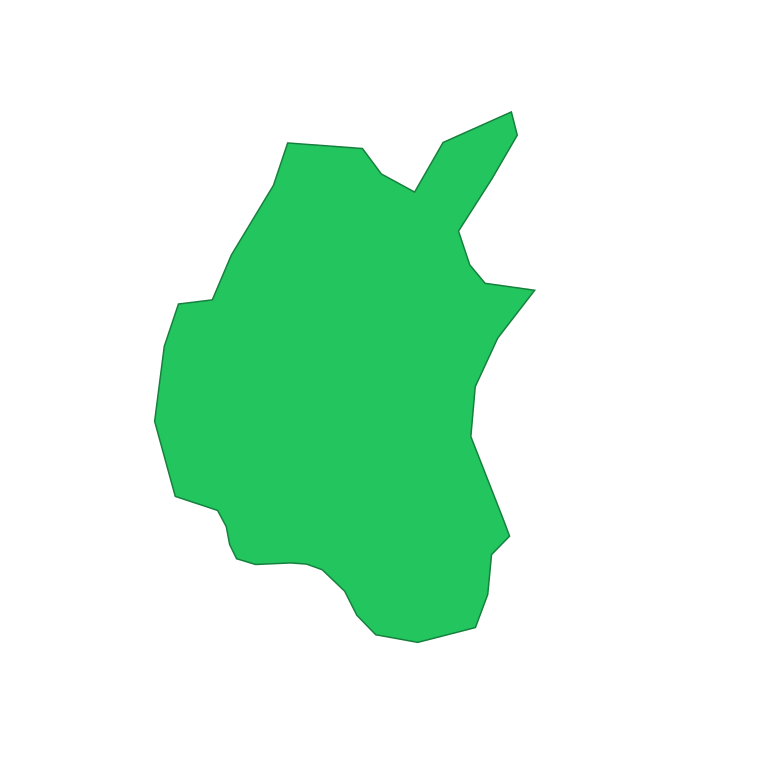 an SVG outline of Zubin Potok, rotated 243°
{"feature_id": "KOS-5897", "entity_name": "Zubin Potok", "entity_type": "District", "adm_level": 1, "iso_a3": "XKX", "parent_name": "Kosovo", "parent_adm1": "", "projection": "albers", "projection_center": [20.618, 42.908], "detail": "fine", "context": "isolated", "style": "filled", "palette": "green", "viewbox_px": 768, "rotation_deg": 243, "n_neighbors": 0, "source": "natural_earth", "source_scale": "10m", "svg_char_len": 651}
<svg xmlns="http://www.w3.org/2000/svg" viewBox="0 0 768 768"><g transform="rotate(243 384 384)"><path d="M328.5,178.7L346.9,178.3L378.6,147.0L454.9,162.7L517.3,205.3L548.6,237.2L536.9,269.2L568.2,306.5L611.2,375.7L642.5,407.6L603.6,471.7L572.3,477.0L541.1,498.4L572.4,546.3L568.6,621.0L545.2,615.7L517.7,573.1L486.4,519.8L451.2,514.5L427.8,519.8L399.1,560.8L373.3,506.2L340.2,464.1L297.7,437.5L208.9,428.8L191.4,426.8L183.2,402.4L149.4,380.9L125.5,354.9L138.5,296.7L164.3,262.8L190.3,254.8L217.2,254.9L246.6,244.6L258.7,233.2L267.0,219.5L281.5,187.6L295.2,173.3L311.1,173.6L328.5,178.7Z" fill="#22c55e" stroke="#15803d" stroke-width="1.5"/></g></svg>